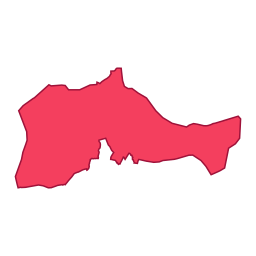 Irepodun/Ifelodun, Ekiti, Nigeria
{"feature_id": "59680162B16609728895319", "entity_name": "Irepodun/Ifelodun", "entity_type": "district", "adm_level": 2, "iso_a3": "NGA", "parent_name": "Nigeria", "parent_adm1": "Ekiti", "projection": "natural_earth1", "projection_center": [5.241, 7.714], "detail": "fine", "context": "isolated", "style": "filled", "palette": "rose", "viewbox_px": 256, "rotation_deg": 0, "n_neighbors": 0, "source": "geoboundaries", "source_scale": "gbopen_adm2", "svg_char_len": 3520}
<svg xmlns="http://www.w3.org/2000/svg" viewBox="0 0 256 256"><path d="M121.2,68.3L120.6,68.3L119.9,68.2L118.9,68.2L117.9,68.2L117.2,68.2L116.8,68.3L116.3,68.6L115.7,69.4L115.4,70.0L115.0,70.3L114.7,70.7L114.2,70.9L113.7,71.0L110.9,71.1L110.9,72.1L110.9,72.6L110.9,72.9L111.0,73.2L111.1,73.8L110.5,74.4L110.4,74.6L109.9,75.7L109.3,76.5L108.9,76.9L108.4,77.2L107.9,77.7L107.8,77.8L107.6,78.0L107.1,78.3L106.9,78.5L105.6,79.2L104.9,79.6L104.3,80.0L102.1,81.5L101.7,81.8L99.9,83.6L98.7,82.9L97.0,82.2L96.8,84.5L90.1,85.0L79.7,89.8L68.6,89.8L65.2,85.5L61.7,85.1L51.2,85.9L48.9,84.8L34.4,97.8L33.1,98.5L23.2,105.6L18.7,110.7L26.7,131.7L27.1,140.2L25.9,143.9L22.9,152.3L21.5,159.5L15.4,176.5L16.0,179.3L17.1,184.0L18.1,187.8L20.7,187.3L21.6,187.5L25.6,187.3L38.5,185.0L43.2,185.8L48.3,187.8L51.2,187.7L53.2,187.0L55.8,186.1L57.3,185.5L57.6,185.4L60.7,184.9L60.8,184.9L61.1,184.8L61.4,184.8L62.3,184.7L62.6,185.0L63.2,184.9L63.6,184.6L64.1,184.5L64.4,184.4L64.7,184.4L65.2,184.7L66.3,183.3L67.0,182.5L68.4,180.7L70.6,178.2L71.6,177.1L73.4,174.7L74.0,173.8L74.9,173.3L75.6,172.9L76.1,172.8L76.7,172.6L77.0,172.4L77.6,172.2L78.3,172.1L80.7,170.9L82.6,169.9L84.5,169.3L86.0,169.0L86.6,168.9L86.8,169.7L86.8,169.8L86.9,170.2L87.3,170.0L87.7,169.6L88.1,169.1L88.8,168.2L88.9,167.7L89.1,167.1L89.2,166.4L89.2,165.8L89.0,165.4L89.0,164.8L89.2,164.1L89.4,163.6L89.5,163.4L89.5,163.1L89.5,162.7L89.7,162.1L89.8,161.8L90.0,161.0L90.2,160.8L90.3,160.6L90.3,160.4L90.2,160.2L90.2,159.9L90.3,159.5L90.9,159.1L91.4,158.8L91.8,158.5L92.0,158.4L92.2,158.5L92.6,158.7L93.2,158.8L93.6,158.7L94.3,158.5L94.5,158.5L95.0,158.6L95.6,158.6L96.8,158.4L97.2,158.4L97.5,158.5L97.9,158.5L98.2,158.5L98.4,157.7L98.3,157.2L98.1,156.7L98.2,156.0L98.3,155.4L98.4,155.0L98.6,154.5L98.6,154.0L98.8,153.5L99.0,153.0L99.1,152.2L98.9,151.5L98.4,150.9L98.7,149.7L99.1,148.8L99.9,148.1L100.1,147.4L100.3,145.9L100.4,144.6L100.3,143.7L100.1,142.9L99.7,142.2L99.1,141.6L99.0,141.2L99.0,140.4L99.0,140.1L102.9,139.0L105.7,138.3L106.3,139.8L108.3,144.9L109.8,146.5L110.4,147.7L110.7,148.4L111.2,149.4L111.6,150.2L112.2,150.9L113.7,152.5L112.5,154.3L111.2,156.5L110.8,157.7L110.7,159.4L110.9,159.4L111.3,159.4L112.2,159.7L112.9,159.8L113.4,160.0L114.3,160.1L115.3,160.4L115.5,160.5L115.9,161.2L116.3,161.7L116.5,162.3L116.9,162.9L117.3,162.6L117.5,162.8L117.7,163.4L118.1,164.0L118.5,164.4L119.2,163.9L119.4,163.8L119.7,163.9L119.8,163.9L119.9,164.0L120.0,164.0L120.2,163.5L120.6,162.5L121.5,160.9L122.9,158.1L123.1,157.8L123.3,157.1L123.9,157.3L125.1,159.4L128.9,153.3L129.7,153.4L129.9,153.7L130.0,153.7L130.2,153.9L130.5,154.2L130.6,154.6L130.7,155.0L131.0,155.3L131.3,155.3L131.6,155.2L131.9,155.3L132.1,156.3L132.2,156.7L132.6,157.1L132.8,157.3L132.7,157.6L132.4,157.9L132.5,158.7L132.4,159.2L132.5,159.4L132.7,159.7L132.9,159.8L133.2,159.8L133.3,160.3L133.6,160.7L133.6,161.0L133.7,161.4L133.8,161.7L134.0,162.0L134.5,162.7L134.3,163.0L137.4,163.4L138.0,161.0L138.7,159.5L139.7,159.6L141.9,160.1L146.2,161.1L153.8,162.3L159.2,161.9L162.9,160.5L174.3,159.3L177.3,158.6L188.9,155.2L192.8,155.1L201.0,160.5L206.0,166.4L209.3,171.8L211.1,174.7L213.9,173.5L218.6,171.4L220.4,170.5L224.6,168.0L228.6,148.2L235.4,143.8L239.6,138.3L240.6,118.9L238.2,116.2L215.2,123.2L213.0,123.6L211.0,124.6L208.2,125.5L206.3,125.8L203.7,125.7L200.7,125.0L197.3,124.2L193.5,123.6L189.3,125.1L186.6,127.0L172.1,123.3L162.8,117.7L155.8,110.8L146.5,98.0L138.2,93.1L132.0,88.5L128.1,88.6L124.4,86.4L122.6,80.8L121.5,71.5L121.2,68.3Z" fill="#f43f5e" stroke="#9f1239" stroke-width="1.5"/></svg>